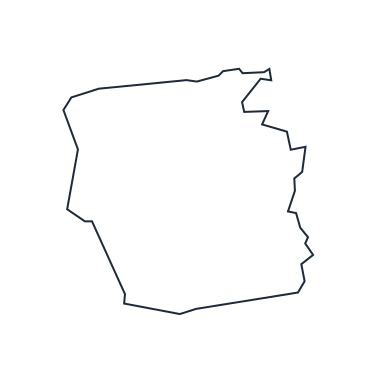 Harrison, West Virginia, United States of America (Albers equal-area conic projection), rotated 158°
{"feature_id": "52423323B15878537434027", "entity_name": "Harrison", "entity_type": "district", "adm_level": 2, "iso_a3": "USA", "parent_name": "United States of America", "parent_adm1": "West Virginia", "projection": "albers", "projection_center": [-80.446, 39.285], "detail": "fine", "context": "isolated", "style": "outline", "palette": "slate", "viewbox_px": 384, "rotation_deg": 158, "n_neighbors": 0, "source": "geoboundaries", "source_scale": "gbopen_adm2", "svg_char_len": 653}
<svg xmlns="http://www.w3.org/2000/svg" viewBox="0 0 384 384"><g transform="rotate(158 192 192)"><path d="M296.7,114.0L249.0,83.4L232.0,82.1L131.4,59.1L121.0,67.1L117.7,84.1L103.3,88.3L106.3,101.9L101.4,106.6L105.0,118.3L103.4,133.5L110.3,138.0L96.1,154.6L92.1,166.2L82.3,169.4L69.8,191.4L84.6,194.2L81.4,212.4L101.7,228.4L91.1,238.5L113.6,246.7L111.9,256.6L85.9,271.3L76.7,265.9L74.2,277.1L80.3,276.1L100.6,283.2L102.2,288.6L117.9,292.4L123.8,289.9L146.2,292.6L155.2,297.8L239.7,322.7L268.4,324.9L280.5,316.2L281.8,274.2L314.2,222.8L302.3,204.9L295.7,202.3L294.0,160.7L292.4,122.4L296.7,114.0Z" fill="none" stroke="#1e293b" stroke-width="2"/></g></svg>